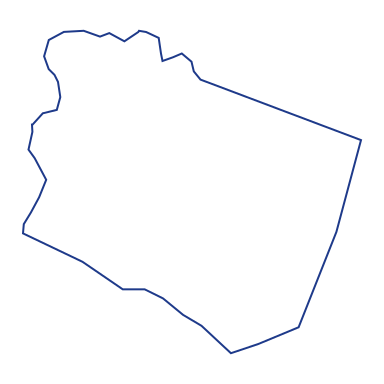 outline of Mellerud, Västra Götaland, Sweden
{"feature_id": "70781695B28344262532925", "entity_name": "Mellerud", "entity_type": "district", "adm_level": 2, "iso_a3": "SWE", "parent_name": "Sweden", "parent_adm1": "Västra Götaland", "projection": "albers", "projection_center": [12.416, 58.693], "detail": "fine", "context": "isolated", "style": "outline", "palette": "blue", "viewbox_px": 384, "rotation_deg": 0, "n_neighbors": 0, "source": "geoboundaries", "source_scale": "gbopen_adm2", "svg_char_len": 647}
<svg xmlns="http://www.w3.org/2000/svg" viewBox="0 0 384 384"><path d="M32.0,124.8L32.4,131.9L28.5,149.6L34.7,158.2L46.2,179.8L39.1,197.3L30.9,212.5L23.8,224.1L23.0,233.4L82.5,261.8L122.7,289.3L144.6,289.3L163.0,298.4L183.1,314.9L201.5,325.8L230.9,353.2L258.3,344.0L297.3,327.8L298.6,327.3L336.4,231.9L361.0,140.1L200.5,79.6L193.8,71.4L191.5,61.7L181.8,53.5L172.9,57.3L162.5,61.0L161.0,53.6L158.7,37.9L146.1,32.0L139.0,30.8L138.3,32.0L124.4,41.3L109.3,33.1L100.0,36.6L83.7,30.8L63.9,31.9L48.8,40.0L44.1,56.3L48.7,69.1L54.5,74.9L58.0,81.9L60.3,97.1L56.8,109.9L42.8,113.3L32.3,124.9L32.0,124.8Z" fill="none" stroke="#1e3a8a" stroke-width="2"/></svg>